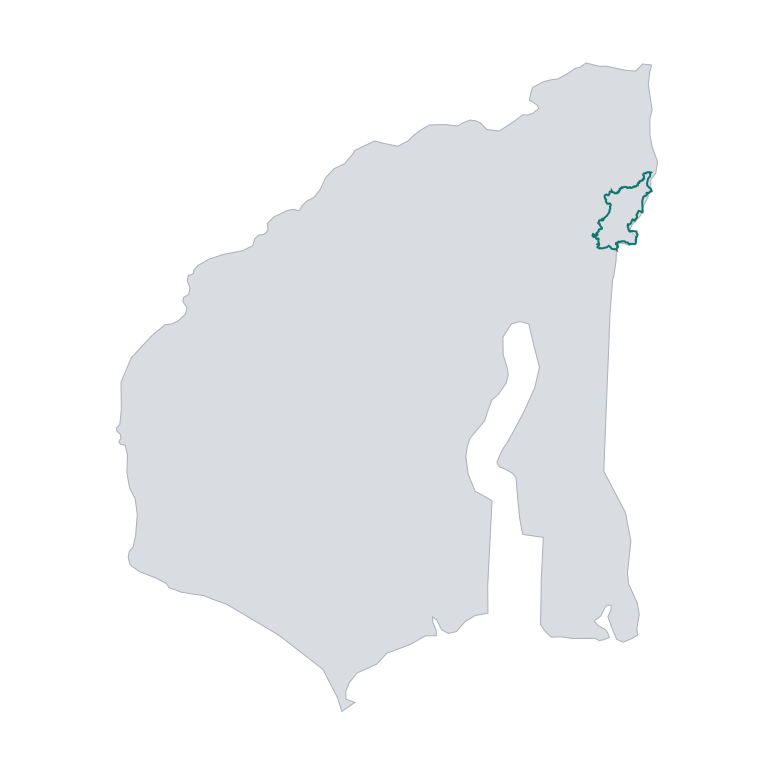 location of Salemata, Kédougou, Senegal, rotated 272°
{"feature_id": "50182788B75788529380727", "entity_name": "Salemata", "entity_type": "district", "adm_level": 2, "iso_a3": "SEN", "parent_name": "Senegal", "parent_adm1": "Kédougou", "projection": "robinson", "projection_center": [-12.812, 12.604], "detail": "fine", "context": "in_parent", "style": "outline", "palette": "teal", "viewbox_px": 768, "rotation_deg": 272, "n_neighbors": 0, "source": "geoboundaries", "source_scale": "gbopen_adm2", "svg_char_len": 9004}
<svg xmlns="http://www.w3.org/2000/svg" viewBox="0 0 768 768"><g transform="rotate(272 384 384)"><path d="M616.5,346.7L626.6,366.3L624.4,375.7L622.1,389.5L627.8,399.5L634.5,406.0L639.2,412.0L644.5,420.3L645.4,436.7L644.4,448.6L647.8,453.9L650.8,460.7L650.2,466.4L648.3,471.4L641.9,478.0L640.8,490.3L651.2,505.2L657.9,513.3L657.8,518.0L659.7,523.1L664.6,529.0L667.7,527.6L671.0,522.8L672.5,519.4L681.5,520.9L685.7,522.4L691.4,532.2L693.5,538.7L694.9,546.8L700.9,557.0L706.2,564.2L707.2,568.6L711.9,574.7L709.0,588.1L709.4,595.0L706.2,613.1L705.5,621.6L705.7,624.8L712.8,631.2L712.1,640.3L704.9,638.7L692.4,637.7L667.3,642.4L658.7,640.5L642.2,641.1L630.4,643.7L615.5,649.7L604.0,648.2L597.7,643.5L589.5,643.8L580.2,641.3L570.4,636.8L561.3,634.5L551.6,626.2L547.0,624.7L543.8,626.9L541.2,629.7L538.3,631.4L533.1,629.9L531.1,624.2L532.7,618.8L533.2,614.6L530.7,612.4L524.8,611.6L515.2,611.6L499.7,609.9L496.2,608.8L461.5,607.4L425.6,607.3L395.2,607.1L356.7,606.9L329.7,606.8L304.5,606.7L285.0,617.8L263.9,629.8L235.5,636.2L202.9,633.9L192.5,635.6L181.7,640.9L173.7,644.8L162.5,647.1L147.9,645.2L142.1,646.4L138.4,640.9L134.3,632.0L137.0,625.5L145.8,621.3L159.2,615.9L166.1,618.7L170.2,618.8L171.0,615.3L169.7,613.4L159.7,608.7L154.5,602.4L150.1,606.1L146.4,613.8L143.3,616.1L138.7,618.2L136.2,613.0L135.1,607.9L137.2,604.0L136.2,581.9L137.5,570.1L136.9,559.8L143.2,553.0L149.2,548.8L172.5,548.4L194.2,548.0L215.1,548.3L236.3,548.5L238.5,527.9L245.3,526.3L255.3,524.2L274.1,521.6L295.1,519.2L299.5,515.2L303.0,508.4L305.2,502.2L309.6,499.6L315.4,501.7L323.1,504.9L331.0,509.9L340.1,514.5L346.2,517.4L360.8,524.7L385.7,534.8L406.2,538.8L431.1,531.4L449.0,526.7L451.2,517.8L448.4,509.2L435.1,501.2L417.0,502.1L411.4,504.3L402.9,506.9L397.8,507.9L389.3,506.1L378.5,499.3L371.6,492.4L362.1,489.1L350.8,485.9L332.6,471.7L323.2,469.2L314.2,468.4L297.0,471.2L280.1,478.8L271.2,496.0L254.4,495.8L218.6,495.2L185.7,494.7L158.6,495.9L155.9,483.4L149.5,473.4L139.1,465.0L136.9,457.1L140.4,450.2L150.5,444.6L152.8,440.5L147.6,441.1L139.6,444.8L134.3,445.0L133.7,434.1L124.9,420.0L115.0,396.2L103.8,386.5L94.4,367.3L84.5,359.9L75.4,356.4L67.7,357.1L64.8,365.9L55.2,353.3L68.4,348.7L96.7,332.9L129.4,287.5L158.8,233.7L162.6,221.0L166.2,211.3L168.7,189.4L172.9,176.3L176.8,173.8L181.8,163.7L187.9,146.1L194.6,136.4L202.2,134.4L208.0,135.3L212.2,138.9L224.5,141.1L244.8,142.0L260.5,139.4L271.6,133.3L286.2,130.2L304.2,130.1L313.7,127.5L314.7,122.5L317.0,121.0L320.8,123.0L324.4,122.2L327.7,118.6L331.0,118.3L334.3,121.4L349.4,122.4L376.4,121.1L401.2,130.4L424.0,150.1L435.8,163.2L436.5,169.8L440.3,176.5L447.1,183.2L453.4,184.4L459.1,180.2L463.5,180.6L466.7,185.7L473.2,186.8L480.5,183.7L485.7,184.7L486.6,187.8L487.8,189.4L491.3,190.1L496.0,194.0L502.6,204.5L508.0,219.1L512.2,237.8L517.7,248.0L524.5,249.7L528.5,253.5L529.2,258.0L531.2,261.0L534.5,262.7L540.3,261.7L547.1,268.0L554.3,281.8L555.5,288.0L554.3,291.3L554.8,293.7L559.6,296.1L564.2,300.6L567.9,307.3L576.0,313.3L588.4,318.6L597.4,326.5L602.8,336.9L614.2,345.7L616.5,346.7Z" fill="#d9dde1" stroke="#a8b0b8" stroke-width="1"/><path d="M528.4,592.7L528.3,592.9L528.0,592.9L527.8,593.3L527.5,593.5L527.5,594.0L527.3,594.4L527.0,594.6L527.1,595.0L527.4,595.5L527.3,595.9L527.1,596.3L527.2,596.5L527.2,596.9L527.5,598.8L527.6,599.1L527.8,599.2L527.8,599.7L528.1,600.7L528.3,601.7L529.0,602.7L529.6,603.3L530.0,603.8L529.7,604.1L529.0,605.0L528.5,605.8L528.2,606.1L527.4,606.4L527.1,606.7L526.8,609.0L526.7,610.6L526.6,611.1L526.4,611.4L527.0,611.1L527.1,611.3L527.1,611.9L528.2,612.0L528.6,612.4L528.6,612.7L528.9,612.9L529.0,613.0L529.5,612.7L529.6,613.0L529.9,613.1L530.0,612.4L531.3,612.0L531.6,611.1L531.8,610.9L532.3,611.1L533.0,611.0L533.2,611.4L532.9,611.9L532.8,612.3L533.5,612.9L533.8,613.1L534.2,613.1L534.5,613.3L534.4,614.4L534.1,614.9L534.5,615.4L534.9,616.2L534.7,617.3L535.0,618.0L535.1,619.0L534.8,619.7L533.9,620.8L533.9,622.4L533.8,622.9L532.7,623.6L532.3,624.3L532.3,624.6L532.6,625.2L532.7,627.1L532.7,628.0L532.5,628.8L532.5,629.6L532.7,629.8L532.9,630.2L533.1,630.5L533.8,630.6L534.0,630.8L535.3,630.7L535.6,631.0L536.1,630.7L536.5,630.5L537.1,630.8L537.4,630.6L537.9,630.9L539.5,630.8L539.5,631.0L540.0,631.7L540.8,631.9L541.3,631.9L541.5,632.0L542.3,632.2L542.5,632.0L542.7,631.5L543.1,631.2L543.4,631.1L543.9,631.2L544.5,631.0L545.1,631.0L545.5,627.8L545.7,627.4L545.3,626.5L545.5,626.2L545.4,625.3L544.9,624.9L544.8,624.6L545.0,624.4L545.5,623.6L546.0,623.4L546.3,623.5L546.7,623.2L546.8,623.0L547.6,622.7L548.7,622.7L548.9,622.4L549.3,622.2L550.1,622.3L550.5,621.9L551.0,621.9L551.3,622.1L552.2,622.3L552.2,622.7L552.0,622.8L551.8,623.1L551.9,623.5L552.5,624.5L553.8,625.4L554.2,625.4L555.1,625.9L555.6,625.9L556.1,626.3L557.0,626.4L557.2,626.6L557.1,627.1L556.9,627.4L555.9,628.5L556.0,629.1L558.0,629.7L558.1,630.4L559.2,631.1L559.9,631.1L560.8,631.0L561.5,630.5L561.8,630.4L563.3,631.5L563.8,631.8L564.2,631.6L564.7,631.7L565.9,632.5L565.8,633.3L565.4,634.3L564.5,636.0L564.5,636.4L564.7,636.5L574.3,635.8L574.8,635.7L577.3,636.0L579.4,636.4L579.6,636.6L579.9,636.7L580.4,637.3L581.1,637.7L581.0,637.9L581.1,638.2L581.1,638.7L581.3,638.9L581.4,639.3L582.2,639.9L582.5,640.2L583.0,640.2L583.6,639.9L583.8,639.7L584.2,639.7L584.3,639.9L584.3,640.4L584.0,640.7L584.1,641.0L584.2,640.9L584.0,641.1L584.2,641.6L584.4,641.8L584.4,642.0L584.4,642.3L584.7,642.3L585.1,642.6L585.2,643.1L585.4,643.4L586.0,644.7L586.4,644.6L586.6,644.7L586.8,644.6L587.1,644.2L587.9,644.0L588.5,643.6L588.7,643.3L589.3,642.8L589.4,642.4L590.6,641.2L591.3,640.2L591.7,640.1L592.9,640.2L593.5,639.8L593.8,639.8L594.2,639.9L594.4,640.0L595.3,640.2L595.8,640.2L597.4,640.6L598.6,640.8L599.0,641.1L600.2,642.2L600.6,642.5L602.0,642.8L603.3,642.6L603.7,642.8L604.3,643.3L604.7,643.7L604.8,643.5L604.6,642.6L604.7,642.2L605.1,641.6L605.0,641.4L604.7,641.3L604.7,641.1L604.6,640.5L604.8,639.9L604.4,638.9L603.7,638.5L603.9,637.6L603.6,637.3L603.5,636.6L603.2,636.1L602.5,635.9L601.9,636.0L601.7,635.8L601.3,636.0L601.1,636.5L600.9,636.6L600.1,636.6L599.2,636.8L598.9,636.9L598.7,636.8L598.6,636.5L598.3,636.6L598.1,636.5L597.9,635.8L597.5,636.0L597.3,636.0L597.1,635.7L597.0,635.4L596.8,635.5L596.5,635.5L596.4,635.4L596.1,634.3L596.1,633.6L595.8,633.1L595.6,632.3L595.4,632.1L594.7,632.1L594.5,632.3L594.3,632.2L594.1,631.9L593.8,632.0L593.7,631.8L593.7,631.0L593.4,631.0L592.8,630.6L592.5,630.7L591.8,630.5L591.6,630.8L591.4,630.9L591.2,630.7L591.2,629.6L590.4,628.6L590.1,628.6L590.1,627.5L590.3,627.2L590.2,627.1L589.9,627.2L589.5,626.8L589.4,626.1L589.5,625.9L589.0,625.5L588.9,625.0L588.6,624.5L588.7,624.4L588.6,623.8L589.0,623.6L589.1,623.1L589.3,622.9L589.2,622.7L589.1,622.3L588.9,622.1L588.6,622.1L588.5,621.8L588.6,621.0L588.4,620.9L588.3,620.6L588.4,620.2L588.8,620.1L589.3,619.7L589.3,619.1L589.5,618.5L589.4,618.1L589.3,617.6L589.2,617.0L589.2,616.7L588.8,616.3L588.5,615.8L588.4,615.5L588.9,615.1L588.9,614.9L588.7,614.9L588.4,615.1L588.2,614.7L588.3,614.5L588.0,613.6L587.7,613.3L587.3,613.7L586.9,613.3L586.7,612.8L586.3,613.0L585.8,612.8L585.2,612.1L585.0,611.7L584.8,611.7L584.8,612.1L584.5,612.3L584.3,612.2L584.1,611.9L583.6,611.6L583.6,610.8L583.2,610.8L583.0,610.5L583.2,610.1L582.6,609.8L582.6,609.2L582.6,608.4L582.8,608.3L582.9,607.5L583.4,607.4L583.5,607.2L583.5,606.5L583.6,606.2L583.8,606.0L583.9,605.8L583.8,605.1L584.1,604.9L584.5,605.0L584.8,605.0L585.1,604.8L584.5,604.8L584.1,604.0L584.2,603.2L583.7,602.8L582.1,602.8L581.1,602.1L580.5,601.9L580.3,601.2L580.4,600.8L581.0,600.2L581.1,599.8L581.0,599.3L580.7,598.6L580.4,598.2L579.8,597.9L579.0,597.9L578.4,598.2L577.1,598.3L576.5,599.3L576.1,599.6L575.8,599.6L574.6,599.3L574.1,599.3L573.8,599.7L573.2,600.1L572.3,600.4L572.0,600.9L571.9,601.8L572.0,602.5L572.3,602.8L572.4,603.0L572.3,603.5L571.1,604.3L570.7,604.4L570.4,604.4L570.1,604.3L569.5,603.7L569.2,603.6L568.3,603.8L567.5,604.1L565.7,603.3L565.2,603.2L564.8,603.4L564.2,603.4L563.5,603.1L563.1,602.7L562.7,602.6L561.7,602.0L560.8,601.4L560.3,601.2L559.9,600.9L558.8,599.6L557.3,598.2L557.0,597.8L557.0,597.4L556.8,596.3L556.5,596.1L556.3,596.9L556.0,597.3L555.7,597.6L555.3,597.4L555.1,596.6L555.0,595.3L555.0,594.7L555.2,593.8L554.9,593.3L553.3,593.1L552.4,592.4L552.0,592.5L551.6,593.2L551.2,593.8L551.2,594.1L550.8,594.1L550.4,594.2L549.6,594.8L549.0,595.0L547.7,596.4L547.5,596.5L546.9,596.4L546.6,595.9L546.2,595.0L546.1,594.2L546.2,593.8L546.0,593.5L545.4,593.3L544.8,592.9L543.9,593.2L542.3,591.2L541.9,591.0L541.7,590.9L541.6,591.6L541.2,592.1L540.9,592.2L540.5,592.2L540.3,592.1L540.0,591.7L539.9,591.4L539.6,591.3L539.5,590.5L539.5,589.7L541.1,588.2L541.3,587.8L541.0,587.5L539.5,587.2L539.3,587.4L538.9,587.6L538.7,587.8L538.3,588.6L538.1,589.8L537.9,590.2L537.4,590.7L536.5,591.2L536.5,591.4L536.6,591.9L537.0,592.8L536.8,593.1L536.3,593.4L536.0,593.5L535.7,593.3L534.9,593.1L534.4,593.2L533.0,593.5L532.5,593.8L532.0,594.0L531.6,593.6L531.4,593.2L531.2,592.3L531.0,592.1L530.9,592.2L531.1,593.1L531.1,593.8L530.5,594.2L529.2,593.5L528.8,593.2L528.4,592.7Z" fill="none" stroke="#0f766e" stroke-width="2"/></g></svg>